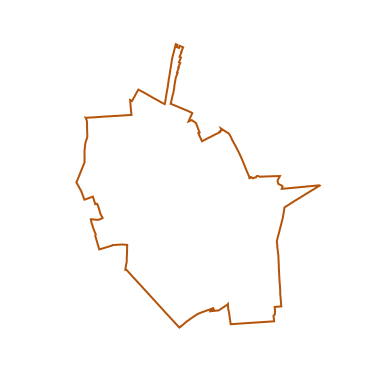 the district of Banloc, Timis, Romania, rotated 113°
{"feature_id": "2599482B62970026017365", "entity_name": "Banloc", "entity_type": "district", "adm_level": 2, "iso_a3": "ROU", "parent_name": "Romania", "parent_adm1": "Timis", "projection": "orthographic", "projection_center": [21.113, 45.364], "detail": "fine", "context": "isolated", "style": "outline", "palette": "amber", "viewbox_px": 384, "rotation_deg": 113, "n_neighbors": 0, "source": "geoboundaries", "source_scale": "gbopen_adm2", "svg_char_len": 4997}
<svg xmlns="http://www.w3.org/2000/svg" viewBox="0 0 384 384"><g transform="rotate(113 192 192)"><path d="M316.4,162.4L318.1,158.6L319.1,156.5L320.1,154.3L321.7,150.7L320.4,150.1L320.5,149.9L312.9,146.1L312.5,145.8L311.4,145.0L310.7,144.7L308.6,143.4L307.0,142.4L306.0,141.7L304.0,140.3L303.8,140.3L303.5,140.2L303.3,140.0L302.7,139.5L302.4,139.3L302.2,139.3L298.5,135.5L295.6,132.4L295.3,132.2L295.1,131.8L290.6,127.1L290.8,126.9L291.1,126.8L291.3,126.8L291.5,126.6L291.7,126.3L291.8,126.1L291.8,125.9L292.0,125.7L292.3,125.8L292.5,126.0L292.7,126.4L292.7,126.7L292.7,127.0L292.7,127.3L292.7,127.5L292.8,127.8L293.0,128.1L293.3,128.3L293.8,128.5L294.2,128.5L294.6,128.5L293.9,127.3L290.9,121.7L290.6,121.2L284.6,117.2L282.0,115.5L281.1,115.2L285.3,113.1L286.3,112.4L288.8,110.6L289.3,110.3L292.1,108.7L298.6,104.7L294.9,97.5L293.4,94.5L290.3,88.4L287.5,82.8L287.0,82.0L287.0,81.8L283.7,75.3L282.6,73.1L280.8,69.6L280.5,68.9L278.9,65.9L277.1,66.9L274.2,68.6L272.2,67.9L269.2,69.2L268.9,69.1L267.1,70.1L265.5,71.0L262.4,65.1L254.4,69.3L252.6,70.3L250.9,71.2L250.6,71.3L250.3,71.4L249.0,72.0L247.6,72.6L244.8,74.0L244.6,74.1L241.6,75.7L235.8,78.6L230.6,81.1L226.1,83.3L225.6,83.4L222.0,85.2L218.6,86.8L216.1,88.0L215.7,88.3L213.1,89.8L208.9,92.2L208.6,92.2L204.2,94.7L201.6,95.1L200.5,95.3L194.2,96.2L186.9,97.3L180.4,98.3L175.3,99.5L175.0,99.6L170.0,100.8L168.0,99.4L164.9,97.3L159.8,93.8L150.3,87.0L143.9,82.5L141.2,80.5L138.7,78.8L136.2,76.9L136.1,77.2L136.2,77.5L136.6,78.4L138.2,81.3L139.0,82.8L139.4,83.5L140.0,84.6L141.2,86.9L141.9,88.2L143.2,90.5L144.2,92.4L144.8,93.5L145.7,95.1L147.3,98.1L148.7,100.7L148.7,100.8L150.2,103.4L151.9,106.6L154.0,110.6L153.9,110.6L151.4,110.9L151.1,111.3L150.8,115.6L149.8,116.5L148.4,117.6L147.8,117.7L146.6,117.6L143.0,117.3L144.2,120.0L145.4,122.6L146.4,124.9L147.3,126.7L148.1,128.5L149.3,131.0L150.1,132.7L150.3,133.1L150.5,134.0L150.9,134.3L151.1,134.6L151.2,134.9L151.4,135.3L151.4,135.5L151.4,136.2L151.5,137.3L151.5,137.5L151.6,138.0L151.9,138.4L152.2,138.7L153.6,138.8L154.3,140.1L154.8,140.5L155.6,141.2L155.5,142.1L155.4,142.4L155.3,143.0L155.2,143.4L155.4,143.7L155.5,144.0L155.9,144.1L156.3,144.0L156.6,144.1L156.8,144.6L156.6,144.7L155.8,145.0L155.3,145.6L153.3,147.7L152.4,148.7L151.4,149.7L150.3,150.8L149.1,152.0L148.0,153.1L146.3,154.8L145.1,156.0L143.3,157.8L141.4,159.8L137.4,164.2L136.1,165.7L134.1,168.2L132.5,170.1L130.8,172.3L128.9,174.6L128.1,175.7L127.4,176.4L126.4,177.4L125.5,178.6L124.4,180.0L124.2,180.3L123.9,180.7L123.6,182.3L123.3,184.0L122.8,187.0L122.2,190.3L123.7,188.8L125.4,190.3L126.0,189.6L127.9,191.2L129.1,192.4L130.8,193.8L132.7,195.4L134.5,196.9L141.0,202.3L141.4,202.6L139.4,204.8L139.2,204.9L139.1,205.0L138.9,205.2L138.8,205.3L138.7,205.6L137.9,206.5L137.6,206.8L137.4,207.0L137.0,207.3L136.9,207.6L136.6,207.8L135.8,208.6L135.3,209.2L134.3,208.2L132.3,210.2L131.8,210.7L129.1,213.2L126.9,215.4L125.9,220.3L128.4,222.7L127.6,222.7L124.1,222.7L120.9,222.6L120.4,222.6L119.8,222.6L119.2,222.6L119.1,223.1L119.0,226.1L119.0,231.9L119.1,246.1L117.3,246.4L112.9,247.2L110.6,247.6L108.2,247.9L103.2,249.0L101.9,249.5L98.8,250.3L93.1,251.6L88.0,251.8L88.0,252.5L82.7,252.7L82.7,253.3L77.8,253.3L77.7,254.7L72.5,254.7L72.4,256.3L67.4,256.3L67.3,256.7L62.3,256.7L62.3,260.6L64.5,260.3L64.6,262.8L62.3,263.1L62.3,264.7L63.0,264.6L65.9,264.1L68.9,263.7L71.7,263.2L74.6,262.8L77.2,262.4L81.4,261.3L85.0,260.4L88.8,259.5L92.1,258.6L95.4,257.8L98.4,257.2L98.7,257.0L101.3,256.3L105.2,255.3L108.5,254.6L111.7,253.8L115.0,253.0L118.2,252.2L121.7,251.4L121.7,252.6L121.7,253.2L121.2,257.9L120.8,261.3L120.5,264.6L120.1,267.9L119.7,271.2L119.3,274.6L119.0,278.0L118.7,281.4L121.6,281.7L124.1,282.0L126.6,282.2L129.1,282.5L131.7,282.8L131.5,284.9L134.5,283.3L137.5,281.8L140.4,280.2L144.7,277.8L146.0,280.4L147.3,283.0L148.6,285.6L149.9,288.2L151.3,290.9L152.5,293.5L153.9,296.2L155.4,299.2L156.9,302.3L158.4,305.2L159.4,307.2L160.0,308.3L161.6,311.5L163.3,315.0L165.2,318.7L165.2,318.9L167.7,316.5L170.8,315.0L173.2,314.0L176.3,312.6L179.4,311.1L182.5,309.8L185.0,309.6L188.3,309.3L189.2,309.1L192.3,308.2L195.6,307.2L197.3,306.5L200.4,305.2L203.5,303.8L205.0,303.2L206.6,302.5L210.6,302.4L212.5,302.4L217.7,302.3L221.2,302.2L224.7,302.2L228.3,302.2L228.5,302.0L230.5,299.4L232.7,296.6L234.8,293.9L235.4,293.5L237.4,291.5L239.2,289.9L241.1,288.0L238.9,285.6L237.3,283.9L235.0,281.4L238.0,278.8L238.4,278.5L241.0,276.3L239.9,274.8L241.7,272.9L244.6,270.4L248.2,267.5L250.8,264.1L252.9,265.8L254.4,267.7L256.5,274.3L256.7,274.5L259.4,272.6L264.7,268.0L268.8,263.9L270.1,264.0L278.8,256.8L281.1,254.9L277.0,250.0L275.1,247.7L272.6,244.7L272.3,244.7L272.0,244.6L271.8,244.1L269.2,239.0L267.6,235.7L266.0,231.0L274.6,227.6L278.1,226.3L282.1,224.7L282.8,224.6L284.0,224.4L289.7,223.0L289.4,221.8L289.4,221.5L290.7,218.8L291.8,216.3L293.5,212.8L294.5,210.4L296.3,206.5L297.9,202.9L299.6,199.3L300.9,196.4L302.1,193.8L306.6,183.9L309.6,177.4L311.9,172.3L312.4,171.4L316.4,162.4Z" fill="none" stroke="#b45309" stroke-width="2"/></g></svg>